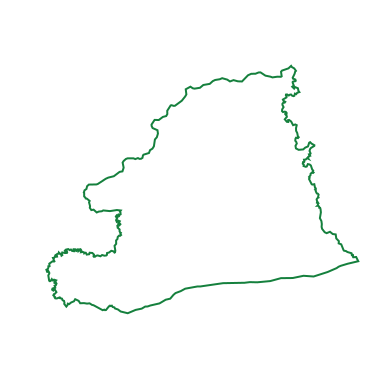 Pa Daet, Chiang Rai, Thailand (orthographic projection), rotated 262°
{"feature_id": "78962969B68909645293993", "entity_name": "Pa Daet", "entity_type": "district", "adm_level": 2, "iso_a3": "THA", "parent_name": "Thailand", "parent_adm1": "Chiang Rai", "projection": "orthographic", "projection_center": [99.975, 19.516], "detail": "fine", "context": "isolated", "style": "outline", "palette": "green", "viewbox_px": 384, "rotation_deg": 262, "n_neighbors": 0, "source": "geoboundaries", "source_scale": "gbopen_adm2", "svg_char_len": 5942}
<svg xmlns="http://www.w3.org/2000/svg" viewBox="0 0 384 384"><g transform="rotate(262 192 192)"><path d="M294.6,200.1L289.4,200.0L287.5,198.5L283.8,194.6L279.8,187.2L279.8,186.0L280.8,183.8L280.7,182.9L275.9,178.8L272.6,178.4L270.8,177.0L270.4,173.6L267.9,169.1L268.6,165.0L264.4,161.3L263.0,161.2L260.8,161.9L258.0,166.4L254.6,166.4L251.1,164.8L249.2,162.6L242.5,160.6L240.4,158.8L239.3,156.3L236.6,154.8L235.7,149.2L235.0,148.5L232.7,147.7L232.0,146.2L232.1,144.6L233.1,143.2L232.5,140.4L233.5,138.7L234.3,132.9L233.9,131.1L232.3,128.7L230.8,127.4L225.6,127.7L222.1,126.0L222.0,123.1L218.5,116.8L217.9,111.1L217.1,108.4L213.0,99.7L212.8,98.3L213.7,90.9L212.3,88.9L209.7,87.9L208.6,85.8L206.5,84.8L206.1,85.1L202.6,84.6L201.2,85.7L200.4,85.8L200.0,87.0L197.4,89.4L196.1,88.6L192.2,89.1L190.6,88.6L188.1,89.8L188.2,92.1L185.0,94.8L185.6,97.0L185.5,100.0L186.1,101.5L184.5,108.1L184.6,115.1L183.6,118.9L182.5,117.9L181.7,118.3L179.9,118.2L179.8,117.4L178.7,116.7L179.8,115.9L178.9,115.2L179.5,114.4L178.4,113.2L177.2,113.7L178.3,114.7L177.8,115.1L174.7,112.9L172.8,113.4L173.1,114.7L173.9,115.0L173.1,116.4L171.2,114.9L170.7,116.2L170.1,116.6L169.2,115.6L169.9,115.0L169.9,114.4L168.8,113.3L167.8,113.9L167.0,113.4L165.0,115.1L163.2,114.8L162.0,115.2L161.4,115.9L160.5,115.2L159.3,115.8L158.6,114.6L158.9,113.6L157.8,112.2L155.8,111.6L154.6,110.1L151.2,109.7L149.5,107.8L144.6,107.9L143.0,107.4L142.8,106.8L144.1,106.1L145.0,103.9L143.6,101.4L143.4,99.4L141.6,99.0L141.1,98.4L141.1,96.5L142.1,94.2L141.1,92.4L142.3,89.8L142.2,88.3L141.4,86.9L141.6,85.7L142.2,85.5L143.1,86.2L143.7,86.2L145.5,84.8L146.1,82.2L144.7,81.5L144.7,79.0L146.6,78.4L146.8,77.6L146.3,76.7L147.2,76.6L147.8,75.6L147.8,73.8L148.7,74.3L149.2,73.2L150.2,74.0L150.9,73.6L150.9,73.1L149.4,71.3L151.0,71.3L151.1,70.8L149.8,69.8L149.7,69.3L151.4,68.8L151.8,66.7L151.3,66.5L150.1,67.5L149.7,67.1L150.4,65.0L151.9,64.1L151.5,62.8L152.7,61.5L152.5,59.1L151.6,57.9L151.1,58.1L151.4,59.7L149.6,60.0L149.1,59.7L149.2,57.8L150.2,55.1L148.8,54.4L147.6,54.8L147.1,53.9L148.2,53.7L150.5,51.8L149.4,51.6L149.6,50.3L148.8,48.9L148.1,48.7L147.5,49.4L146.8,49.4L146.8,48.3L148.2,48.4L148.4,48.0L145.9,46.3L146.0,45.2L142.5,46.1L142.3,45.6L142.8,44.3L140.9,40.7L138.4,40.6L138.4,39.4L137.3,39.3L135.8,38.5L135.3,37.0L133.1,37.4L133.0,38.0L134.0,38.6L132.1,39.4L131.1,39.3L129.4,38.1L124.1,38.2L123.5,38.7L123.5,39.5L125.2,41.0L124.3,41.4L124.3,42.4L123.6,42.3L123.5,43.2L122.8,43.6L124.0,44.0L123.4,45.2L121.2,43.1L120.4,44.0L121.1,44.7L120.2,45.1L118.5,44.1L118.3,42.9L116.2,43.3L115.7,42.6L116.1,41.6L115.8,40.4L114.7,39.9L113.7,40.9L114.8,42.0L114.5,42.6L111.7,43.8L109.9,41.5L110.0,41.0L109.0,40.3L107.1,41.7L106.6,41.3L105.7,41.8L105.4,43.3L106.0,46.1L105.5,46.2L105.6,46.8L104.9,47.3L104.5,48.4L102.8,48.8L102.0,50.1L100.2,50.3L99.0,49.9L96.0,51.6L97.2,52.9L98.7,53.5L98.1,54.8L99.4,56.9L100.2,59.9L102.1,61.4L100.0,64.6L97.4,65.8L97.0,69.6L96.1,72.5L96.0,75.1L94.1,77.3L93.6,78.7L87.4,87.1L87.7,88.8L87.1,89.4L87.1,90.4L90.4,93.9L90.4,94.9L90.8,95.1L90.4,96.0L90.6,96.8L89.2,97.4L88.5,99.1L87.4,99.5L86.0,102.3L83.6,104.7L80.9,111.5L83.1,119.8L83.5,126.0L85.1,129.8L84.8,132.1L85.4,134.9L86.2,144.3L89.0,151.0L89.4,155.6L92.7,159.3L94.2,161.6L95.4,167.0L97.2,171.8L97.7,184.2L97.3,186.9L97.4,210.0L94.8,231.4L94.7,236.8L93.5,244.0L92.9,257.1L94.3,268.1L92.8,279.8L93.5,290.8L91.4,300.7L93.9,315.2L96.5,324.6L97.6,326.8L98.2,329.0L99.3,336.2L100.3,347.0L104.8,345.5L104.9,342.6L105.3,342.4L107.2,342.7L107.5,342.4L107.3,341.5L109.2,341.4L110.9,337.6L112.1,336.2L112.7,334.4L113.3,334.0L119.4,332.5L120.7,330.1L122.9,330.6L125.9,328.4L130.0,328.4L130.8,325.5L133.4,323.1L132.5,319.6L133.7,317.8L137.4,315.7L139.4,315.5L142.2,316.1L145.2,316.1L148.3,315.0L153.9,316.8L157.0,316.9L158.4,316.7L158.7,315.8L159.8,315.9L160.8,315.1L160.9,314.3L161.3,314.9L163.4,315.0L164.0,314.2L164.4,314.4L164.1,315.2L165.7,314.5L167.4,314.4L168.6,315.5L168.9,316.4L169.4,316.1L171.8,317.0L172.8,316.4L173.2,315.4L175.3,314.7L176.8,314.8L177.2,314.3L177.9,315.1L178.9,314.8L179.1,314.4L182.7,314.2L182.6,312.2L183.0,311.6L188.6,309.7L189.6,310.5L190.6,310.0L192.0,311.6L193.6,312.0L194.5,313.4L194.0,314.5L194.4,315.1L195.3,314.4L196.4,315.0L197.4,314.2L201.7,313.4L202.9,312.3L203.5,310.6L201.3,309.2L201.1,308.2L202.2,306.1L203.4,306.5L204.6,305.6L206.1,306.1L205.9,307.0L206.4,307.5L208.4,307.4L208.3,309.1L209.5,310.7L208.7,311.9L209.7,311.4L210.5,311.8L211.0,313.3L212.5,313.1L212.2,313.8L213.1,313.5L213.3,314.5L213.7,314.8L216.3,314.1L218.2,315.0L219.1,316.0L220.6,319.5L221.3,319.7L223.3,317.1L224.9,315.9L224.5,314.9L221.0,313.2L220.2,310.3L218.7,308.1L218.9,303.5L220.7,301.0L223.3,300.9L225.4,302.5L227.1,302.2L228.4,301.4L230.4,301.9L231.3,302.6L230.6,304.4L231.4,305.3L232.4,304.6L235.8,304.4L238.1,303.6L240.8,303.9L243.6,305.0L244.5,303.7L244.1,301.4L248.0,300.0L249.8,298.2L249.8,297.2L248.0,297.0L248.3,295.7L251.1,294.0L253.2,296.4L254.1,296.4L256.3,295.1L256.8,295.5L256.5,296.6L257.2,296.7L258.3,296.0L258.7,294.8L258.5,293.2L259.6,292.4L261.3,292.8L263.3,294.5L265.6,293.7L266.7,293.8L267.7,294.8L267.6,296.2L268.3,296.9L269.6,295.3L270.9,294.9L272.5,298.7L273.1,299.0L274.6,298.4L275.4,298.6L275.4,299.7L274.1,301.3L274.7,302.3L274.8,303.6L273.4,304.6L272.8,305.9L273.0,306.7L275.1,307.6L274.4,308.8L275.6,310.0L276.0,312.2L277.3,311.5L280.0,311.3L281.6,308.6L280.2,307.5L282.3,305.9L283.3,307.6L286.3,306.9L287.1,307.1L287.4,307.8L287.3,309.4L287.7,310.2L289.0,310.0L290.2,307.8L291.1,307.6L294.7,310.0L296.8,310.9L297.5,311.8L300.2,310.4L301.8,308.3L303.1,307.7L301.0,304.7L299.7,298.0L298.7,296.9L294.1,296.9L293.7,296.1L294.3,292.6L294.3,287.6L295.3,285.7L297.0,280.9L300.9,276.5L301.1,274.6L300.3,271.4L300.8,267.1L299.8,263.7L294.5,256.9L295.2,252.9L297.0,248.7L296.2,245.0L298.4,242.5L300.5,237.7L299.8,235.2L299.7,230.5L298.9,228.0L296.6,224.6L296.4,218.1L294.1,214.4L294.0,208.9L294.6,207.2L296.5,205.1L294.6,200.1Z" fill="none" stroke="#15803d" stroke-width="2"/></g></svg>